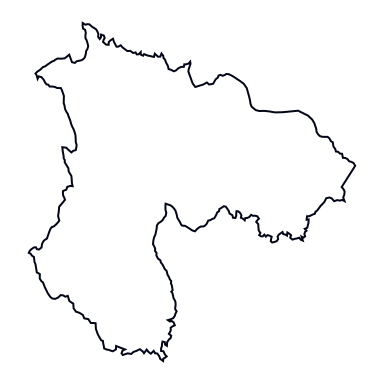 Cruz Alta, Rio Grande do Sul, Brazil (Natural Earth projection)
{"feature_id": "56859067B45704163828292", "entity_name": "Cruz Alta", "entity_type": "district", "adm_level": 2, "iso_a3": "BRA", "parent_name": "Brazil", "parent_adm1": "Rio Grande do Sul", "projection": "natural_earth1", "projection_center": [-53.567, -28.718], "detail": "fine", "context": "isolated", "style": "outline", "palette": "ink", "viewbox_px": 384, "rotation_deg": 0, "n_neighbors": 0, "source": "geoboundaries", "source_scale": "gbopen_adm2", "svg_char_len": 5832}
<svg xmlns="http://www.w3.org/2000/svg" viewBox="0 0 384 384"><path d="M28.8,252.9L30.6,253.7L31.9,255.6L33.9,257.0L34.5,262.0L35.5,264.3L36.8,272.4L39.8,274.0L39.8,278.7L41.5,281.3L43.0,282.5L44.1,285.2L44.9,287.4L47.9,293.4L50.3,296.9L52.3,298.5L55.1,298.9L57.9,297.7L60.7,295.1L63.2,295.4L65.3,296.7L67.8,295.9L69.3,300.9L71.3,302.4L73.3,303.6L73.6,308.3L76.0,311.7L79.4,312.8L82.9,315.0L84.3,318.4L88.3,319.1L90.8,323.0L93.5,323.0L95.6,323.2L95.9,328.9L97.8,334.3L100.2,338.6L101.2,340.3L102.9,340.9L103.2,343.4L103.8,346.1L104.2,348.5L106.6,349.5L108.6,349.9L112.8,351.3L115.9,349.4L116.1,346.0L122.0,348.3L125.0,349.4L122.6,350.6L121.5,353.3L122.8,355.0L127.5,353.4L131.3,353.9L133.5,351.9L136.2,351.0L139.9,349.2L142.7,351.4L144.0,353.2L146.7,349.6L148.2,351.6L150.8,353.7L153.7,350.9L155.1,353.3L157.3,353.5L159.3,356.3L160.2,358.9L163.1,361.0L163.3,358.6L165.0,357.8L166.7,356.4L165.0,354.7L163.4,351.2L161.1,351.0L161.1,348.2L161.9,346.3L162.0,343.9L162.5,341.6L164.8,342.1L165.1,344.6L166.9,345.8L167.1,342.3L168.9,339.5L170.5,338.3L171.2,335.7L168.9,333.9L170.7,330.7L170.7,327.7L172.7,326.2L174.8,325.3L173.7,322.5L172.0,321.1L169.9,321.5L167.9,320.1L170.6,319.3L173.3,318.1L174.8,315.8L175.5,313.5L176.6,311.4L175.1,308.9L175.6,304.9L175.5,302.1L174.6,299.9L173.5,298.1L173.0,295.4L172.4,293.1L171.3,291.7L172.6,290.2L171.9,285.6L171.0,283.7L171.2,281.0L169.9,279.5L169.0,277.2L167.5,274.6L166.6,270.9L164.7,269.0L163.7,266.8L162.4,264.4L160.9,262.5L160.3,260.3L158.0,258.6L156.4,255.6L156.5,252.8L155.0,250.9L155.2,248.7L154.1,246.1L153.0,244.2L153.4,240.3L154.2,237.1L155.4,234.6L155.9,232.2L156.6,228.9L156.9,225.5L158.4,223.2L161.1,221.5L162.7,220.1L164.0,217.7L165.7,215.8L166.3,212.6L165.5,210.1L165.4,206.8L165.6,203.7L167.9,204.5L170.3,205.2L172.5,206.8L174.3,208.9L175.4,210.5L176.7,214.6L177.4,217.9L180.1,222.4L181.0,224.4L182.3,225.7L185.0,225.8L187.7,227.4L190.4,229.2L192.4,230.5L195.0,231.3L196.9,229.2L198.4,227.9L200.8,226.5L203.2,226.5L204.9,225.7L206.7,223.8L208.2,220.6L210.4,220.1L212.0,219.1L214.3,218.2L216.0,215.3L217.3,212.3L219.1,211.2L219.3,209.1L221.5,207.8L223.9,206.2L225.8,206.7L228.6,210.6L229.5,213.5L232.4,215.2L233.0,217.7L235.4,218.0L236.3,215.4L236.2,213.4L236.5,211.2L238.3,211.4L240.2,213.0L241.4,215.4L240.9,217.7L243.1,218.8L244.7,220.3L245.3,218.1L247.3,217.9L249.2,217.1L251.1,214.8L252.9,215.8L255.1,215.7L257.3,216.3L258.9,218.7L257.5,220.1L256.2,221.9L258.2,224.0L258.4,227.0L258.7,230.4L260.4,233.0L259.2,235.1L260.9,236.3L262.7,236.4L264.3,234.6L265.9,236.6L267.4,235.1L269.8,235.8L271.7,236.8L271.1,239.0L270.8,241.3L272.2,242.5L275.0,241.8L276.8,241.0L278.2,239.0L277.6,236.6L278.8,234.6L282.5,232.0L283.2,234.1L285.4,234.6L287.0,235.6L287.4,232.5L289.1,233.6L291.1,235.2L290.2,237.7L292.4,239.6L294.9,238.8L297.0,238.4L299.3,237.8L300.9,239.8L302.8,240.6L301.6,236.6L303.5,237.6L305.1,236.3L304.4,234.1L305.0,231.9L306.5,230.8L304.8,228.8L307.2,227.8L308.5,222.8L308.6,219.4L306.6,219.7L307.0,216.3L309.6,216.1L312.5,214.6L314.7,213.9L315.4,211.9L317.2,210.5L320.7,205.8L324.2,202.2L326.3,198.2L329.4,197.5L331.7,198.4L334.2,201.2L337.2,200.1L339.9,200.6L342.2,199.9L344.5,201.1L343.2,197.4L344.3,194.7L344.6,191.7L343.9,189.8L341.7,187.0L355.2,165.8L353.5,163.0L351.5,161.9L349.0,161.2L347.6,159.2L345.5,158.0L342.9,157.8L342.1,153.8L339.8,153.5L338.1,151.8L335.9,151.5L335.3,149.1L333.4,146.4L332.8,142.3L331.0,141.3L329.4,138.4L327.7,136.9L322.1,136.8L319.8,136.0L318.0,134.2L316.6,131.9L316.1,128.3L315.3,126.1L314.5,123.5L312.3,119.7L308.0,115.6L298.1,110.7L282.9,112.2L275.2,112.4L272.4,112.0L269.9,111.5L264.6,110.9L259.2,111.0L255.8,110.1L251.7,106.8L250.6,104.1L250.0,100.5L249.2,96.8L246.7,88.0L243.7,83.7L240.3,81.2L234.2,77.1L231.7,75.6L228.8,74.2L226.3,74.0L224.7,75.0L222.8,75.8L220.5,74.9L218.5,75.6L217.8,77.6L215.6,79.4L213.1,83.8L209.1,84.5L206.9,82.5L203.3,84.5L195.3,87.0L192.7,83.5L188.4,71.7L188.7,69.2L190.5,63.9L190.2,61.7L188.5,63.6L186.1,64.3L184.3,64.3L183.8,66.9L181.1,66.9L178.3,68.3L176.0,70.4L173.9,71.3L170.5,69.6L168.6,69.1L167.9,66.0L166.0,62.4L165.0,59.6L163.5,58.0L163.3,55.9L161.5,53.5L160.3,56.6L158.0,56.7L154.8,53.7L154.0,56.9L152.3,56.6L150.2,56.0L147.7,55.6L144.1,54.1L143.1,55.7L140.8,54.6L140.7,52.1L138.6,54.3L136.7,54.4L135.6,52.4L133.2,53.0L130.3,50.9L127.3,51.0L122.5,47.4L120.7,45.3L118.2,46.7L116.5,46.7L114.0,42.0L113.0,38.7L110.3,40.5L108.8,42.0L108.6,44.8L106.1,44.6L103.0,41.9L103.6,39.9L104.7,38.0L103.8,35.5L101.1,34.6L101.0,37.2L99.7,39.0L98.1,36.7L98.4,34.2L97.4,31.5L96.1,29.3L92.1,26.8L89.3,24.3L87.3,24.2L85.3,24.7L82.7,23.0L82.6,25.6L83.1,28.7L85.1,29.8L85.8,32.8L85.4,35.6L85.5,38.3L86.6,40.2L87.5,43.1L88.2,46.2L87.4,49.0L86.1,51.2L85.9,53.4L85.4,55.4L84.6,57.7L83.1,59.3L81.2,60.3L76.6,61.3L74.9,62.9L72.0,62.2L69.2,54.7L66.8,56.7L64.7,58.3L62.3,58.6L60.2,58.7L57.8,58.5L55.3,59.7L53.9,60.9L52.0,61.5L47.6,64.5L45.2,66.3L42.9,67.1L41.1,68.9L39.7,70.1L37.4,71.6L35.5,73.4L36.7,75.4L37.6,78.8L38.8,76.4L41.4,77.1L43.6,79.6L45.1,82.5L46.4,84.3L48.3,84.7L49.6,86.5L52.2,86.5L55.0,87.0L57.1,88.0L60.9,88.1L62.1,90.7L63.9,95.9L63.7,103.0L64.5,105.5L64.9,108.1L65.5,110.1L66.6,112.1L67.8,113.9L68.4,115.9L70.2,120.4L71.1,123.8L72.3,126.8L73.7,129.5L74.8,132.8L75.5,135.4L75.8,142.2L76.6,144.7L76.4,147.2L75.7,150.1L73.3,150.8L71.4,152.4L67.9,149.4L66.3,147.7L62.3,147.2L62.8,151.6L63.6,155.8L63.7,158.3L64.8,160.1L64.7,162.2L68.4,168.3L68.7,171.5L71.3,175.8L71.7,178.8L71.9,183.0L72.6,186.2L70.3,185.9L67.2,186.9L66.3,189.7L63.0,191.0L62.9,193.1L63.2,195.7L64.2,197.5L65.0,199.8L61.3,204.3L59.2,206.7L58.9,210.2L58.5,213.4L58.1,215.9L58.6,218.1L59.3,220.7L57.6,222.8L55.7,224.8L53.7,226.5L51.9,227.0L50.7,228.4L49.6,230.9L46.9,238.6L44.9,239.8L43.3,241.4L42.1,243.8L41.5,247.5L39.0,249.5L36.9,249.2L35.9,247.3L34.0,247.4L31.5,249.1L29.8,250.8L28.8,252.9Z" fill="none" stroke="#020617" stroke-width="2"/></svg>